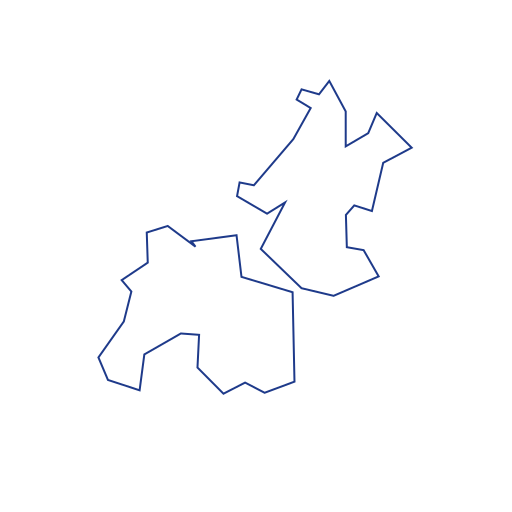 SVG path tracing the border of Dytiki Ellada, rotated 64°
{"feature_id": "GRC-2886", "entity_name": "Dytiki Ellada", "entity_type": "Region", "adm_level": 1, "iso_a3": "GRC", "parent_name": "Greece", "parent_adm1": "", "projection": "equal_earth", "projection_center": [21.414, 38.264], "detail": "coarse", "context": "isolated", "style": "outline", "palette": "blue", "viewbox_px": 512, "rotation_deg": 64, "n_neighbors": 0, "source": "natural_earth", "source_scale": "10m", "svg_char_len": 764}
<svg xmlns="http://www.w3.org/2000/svg" viewBox="0 0 512 512"><g transform="rotate(64 256 256)"><path d="M278.1,442.1L256.9,403.5L233.3,383.6L218.8,387.3L214.5,356.2L187.0,343.9L190.3,322.2L221.1,306.3L214.4,307.6L228.8,264.4L268.4,278.2L304.6,239.0L385.8,276.5L382.7,308.2L365.0,321.3L365.5,345.6L330.6,357.5L301.9,341.7L292.7,357.5L295.5,399.5L325.7,419.5L302.5,443.4L278.1,442.1ZM304.9,229.2L251.7,248.6L220.6,206.4L222.8,227.5L193.9,246.8L182.7,238.5L191.5,226.9L167.3,171.2L147.0,142.0L133.2,150.9L126.2,142.0L138.3,128.5L130.8,113.4L165.4,112.0L196.8,127.3L194.8,101.3L180.4,84.8L226.9,68.6L228.0,100.8L266.4,132.1L253.6,145.5L258.5,157.2L287.9,170.5L297.9,156.7L328.1,154.7L325.8,203.7L304.9,229.2Z" fill="none" stroke="#1e3a8a" stroke-width="2"/></g></svg>